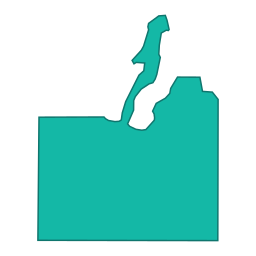 Grand Traverse, Michigan, United States of America (Natural Earth projection)
{"feature_id": "52423323B3617037234322", "entity_name": "Grand Traverse", "entity_type": "district", "adm_level": 2, "iso_a3": "USA", "parent_name": "United States of America", "parent_adm1": "Michigan", "projection": "natural_earth1", "projection_center": [-85.521, 44.752], "detail": "fine", "context": "isolated", "style": "filled", "palette": "teal", "viewbox_px": 256, "rotation_deg": 0, "n_neighbors": 0, "source": "geoboundaries", "source_scale": "gbopen_adm2", "svg_char_len": 803}
<svg xmlns="http://www.w3.org/2000/svg" viewBox="0 0 256 256"><path d="M217.8,240.6L218.1,99.4L212.3,92.1L202.5,91.4L199.9,77.2L177.5,77.1L170.7,88.4L169.8,93.4L165.4,98.2L156.2,103.4L152.6,111.2L154.1,113.9L154.6,117.9L154.3,120.2L145.9,129.6L141.8,130.2L135.9,129.3L129.6,126.3L127.6,123.9L133.6,110.1L133.7,100.5L135.3,96.6L141.2,89.1L149.0,83.9L152.9,82.7L155.2,79.0L156.8,74.4L160.3,57.4L158.8,54.3L159.3,45.2L161.3,33.0L166.3,30.2L168.4,30.5L169.1,29.5L167.0,20.2L165.3,15.4L158.8,15.9L148.6,23.4L147.9,26.8L148.6,29.8L143.6,46.1L141.3,50.3L132.1,60.4L134.0,63.8L136.2,62.4L144.7,63.0L143.8,70.8L139.0,75.1L125.7,101.6L122.3,112.8L121.3,119.9L119.2,121.3L114.9,121.6L108.5,120.5L105.5,118.7L104.0,117.0L39.0,117.2L37.9,240.3L217.8,240.6Z" fill="#14b8a6" stroke="#0f766e" stroke-width="1.5"/></svg>